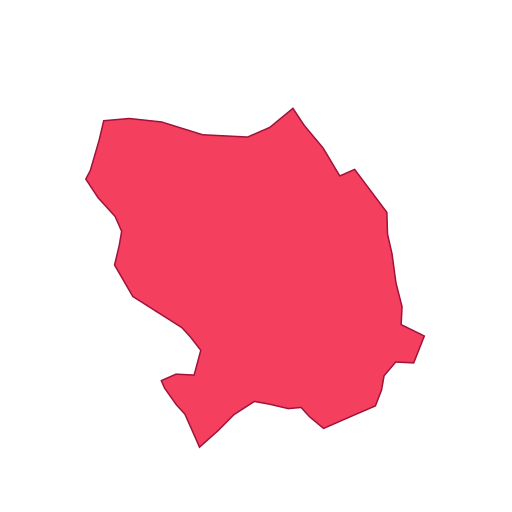 Sinchon, Hwanghae-namdo, North Korea (Robinson projection), rotated 246°
{"feature_id": "82179303B96637573116833", "entity_name": "Sinchon", "entity_type": "district", "adm_level": 2, "iso_a3": "PRK", "parent_name": "North Korea", "parent_adm1": "Hwanghae-namdo", "projection": "robinson", "projection_center": [125.442, 38.3], "detail": "fine", "context": "isolated", "style": "filled", "palette": "rose", "viewbox_px": 512, "rotation_deg": 246, "n_neighbors": 0, "source": "geoboundaries", "source_scale": "gbopen_adm2", "svg_char_len": 846}
<svg xmlns="http://www.w3.org/2000/svg" viewBox="0 0 512 512"><g transform="rotate(246 256 256)"><path d="M104.3,126.6L112.1,150.9L120.0,171.1L123.8,195.3L115.6,207.4L103.4,223.5L99.3,235.6L87.2,239.6L71.0,247.6L70.9,267.8L70.7,287.9L70.5,304.1L82.5,316.2L94.5,324.3L102.3,340.5L94.2,356.6L114.4,377.2L134.3,360.7L150.3,368.8L174.4,372.9L202.5,381.1L222.6,385.1L242.6,393.3L295.0,381.3L295.1,365.1L327.4,361.2L355.6,353.2L375.9,349.8L367.9,321.0L368.1,296.7L388.5,256.5L416.9,224.2L433.2,196.1L441.5,171.9L425.5,159.7L401.6,139.5L395.5,131.8L373.5,135.4L349.3,143.4L333.2,143.3L321.2,135.3L305.3,123.1L269.1,127.0L244.8,143.1L232.7,151.2L220.6,159.2L208.5,163.2L192.3,167.2L172.4,151.0L180.6,134.9L180.7,118.8L172.7,118.7L152.6,122.7L140.5,126.7L124.4,126.7L112.4,126.7L104.3,126.6Z" fill="#f43f5e" stroke="#9f1239" stroke-width="1.5"/></g></svg>